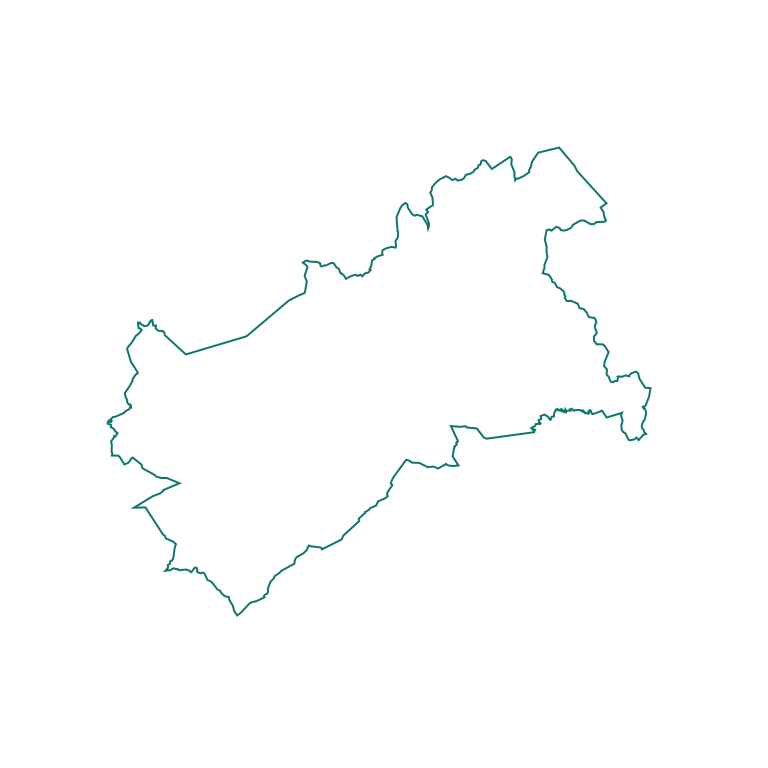 San Julián, Jalisco, Mexico (Mercator projection), rotated 238°
{"feature_id": "50627088B41443531165515", "entity_name": "San Julián", "entity_type": "district", "adm_level": 2, "iso_a3": "MEX", "parent_name": "Mexico", "parent_adm1": "Jalisco", "projection": "mercator", "projection_center": [-102.176, 20.994], "detail": "fine", "context": "isolated", "style": "outline", "palette": "teal", "viewbox_px": 768, "rotation_deg": 238, "n_neighbors": 0, "source": "geoboundaries", "source_scale": "gbopen_adm2", "svg_char_len": 6165}
<svg xmlns="http://www.w3.org/2000/svg" viewBox="0 0 768 768"><g transform="rotate(238 384 384)"><path d="M491.7,657.8L498.5,637.4L494.1,627.4L490.2,623.4L488.5,620.4L486.7,619.4L486.3,612.7L487.0,607.0L487.9,605.1L487.2,603.2L492.6,605.4L494.1,606.8L503.0,608.4L506.6,611.3L509.2,611.7L509.8,611.2L509.2,589.4L519.3,588.4L521.4,586.5L521.4,584.7L518.9,582.0L519.3,580.0L517.6,578.1L517.7,574.1L516.6,572.7L516.6,568.5L518.0,564.2L516.1,560.8L516.1,558.1L517.4,554.4L520.3,553.3L520.5,550.5L521.1,549.8L524.3,548.7L527.5,546.5L528.0,539.3L527.3,534.5L525.3,528.7L523.2,527.4L521.9,524.7L516.2,523.8L509.8,520.4L509.5,512.2L506.4,512.5L505.7,509.1L497.0,507.4L494.3,506.1L492.5,503.8L496.1,505.3L506.0,505.3L510.2,501.4L510.5,499.2L513.0,497.8L521.5,497.7L523.7,499.0L526.3,498.1L525.8,493.8L524.5,491.0L518.8,483.0L506.3,476.4L505.3,476.5L500.9,473.3L499.1,469.4L494.9,467.5L493.5,466.3L496.4,462.8L497.9,457.7L498.2,453.7L496.4,452.0L494.3,451.3L495.5,446.9L495.8,442.2L494.9,442.0L495.3,439.6L490.9,435.7L488.8,432.4L487.7,433.0L486.8,430.1L487.9,426.2L486.8,422.7L489.2,422.0L489.5,419.1L491.9,417.7L493.1,412.3L493.4,407.4L496.8,407.6L500.5,406.6L500.7,405.8L505.4,406.7L508.9,405.4L512.4,405.4L513.9,404.7L514.8,402.5L515.2,397.8L516.1,396.4L516.8,393.3L517.9,392.8L520.2,393.8L522.8,392.1L527.3,385.7L529.1,384.7L530.1,382.3L529.9,379.5L526.0,381.0L523.7,381.1L517.8,374.0L511.9,372.9L503.6,365.5L503.3,364.1L504.2,359.2L505.2,347.4L497.3,292.7L514.1,231.6L541.5,224.0L544.3,225.0L546.6,224.2L546.7,223.3L549.2,220.5L552.4,219.9L554.4,221.6L555.9,219.3L561.0,221.4L561.4,219.9L560.6,219.1L560.6,217.9L559.2,216.0L558.9,213.9L560.1,211.4L564.8,209.0L565.5,209.5L566.5,207.9L561.6,205.5L559.4,207.0L558.1,207.0L556.7,202.8L556.3,199.1L552.7,191.7L550.9,186.2L549.6,184.6L537.0,181.2L525.3,181.3L523.6,180.8L523.6,178.4L521.2,173.1L520.3,172.7L517.2,167.7L513.6,159.3L509.1,157.7L506.9,157.9L504.9,156.6L501.9,156.7L501.1,158.0L500.4,158.1L498.2,157.1L499.0,156.4L497.6,154.9L498.0,150.8L497.3,148.1L498.5,139.1L499.6,136.6L499.0,133.5L497.1,133.6L496.4,132.1L497.1,131.3L498.7,131.5L498.7,130.6L496.9,128.6L494.0,130.8L492.1,129.4L489.4,131.1L486.4,131.0L483.6,132.0L482.0,128.7L481.9,128.0L482.9,127.6L481.3,125.8L480.0,122.2L476.5,120.8L471.2,117.3L468.5,116.5L467.6,115.3L464.0,120.7L461.1,121.3L453.4,121.2L452.7,125.3L453.8,128.8L454.5,129.3L454.8,131.9L444.0,135.7L441.4,134.7L439.6,135.0L429.2,140.9L426.1,141.9L422.2,145.4L419.5,149.9L408.2,157.9L411.0,140.7L410.4,140.4L409.8,136.4L411.4,128.5L411.6,106.4L405.7,116.3L373.7,116.8L371.8,117.7L368.6,117.2L361.9,121.8L358.4,122.7L355.7,119.4L347.7,112.8L346.5,110.5L347.1,109.6L346.9,108.6L344.8,106.9L345.0,104.6L342.6,103.6L341.5,99.6L339.5,103.8L339.3,107.9L336.9,109.8L336.7,110.8L334.5,111.7L331.6,117.8L329.0,120.0L326.7,120.4L326.6,121.3L328.5,126.0L327.6,127.7L325.2,127.1L324.5,126.1L323.1,126.1L320.5,128.5L320.1,130.5L318.3,131.3L311.2,130.5L309.3,132.0L306.3,133.1L297.9,133.9L295.5,135.4L293.1,135.2L290.4,135.9L288.0,136.9L285.5,139.5L282.6,138.4L276.1,138.3L270.6,136.6L265.5,136.9L265.9,141.5L269.1,153.3L269.0,156.3L267.4,161.0L266.4,169.6L267.8,169.7L268.4,171.7L268.0,173.7L269.1,175.6L271.9,177.0L276.2,182.5L277.7,187.7L279.0,189.3L279.2,195.5L280.0,197.7L279.1,212.7L282.0,215.2L283.5,218.0L283.1,225.2L283.8,229.8L286.8,234.6L285.2,235.8L279.7,242.8L277.6,244.2L276.7,243.8L274.6,265.8L277.0,269.1L280.9,290.1L283.2,291.2L284.7,299.8L285.4,300.0L285.3,305.2L286.1,306.3L285.1,312.9L287.6,316.7L286.5,324.4L286.9,327.7L288.8,328.0L290.6,330.1L293.8,337.5L296.2,337.0L299.6,341.9L308.0,362.6L305.3,365.0L302.5,366.1L298.4,372.1L290.3,377.0L287.9,382.1L283.7,385.1L283.3,394.3L282.7,394.1L280.1,396.1L277.7,399.3L275.5,404.0L286.1,403.8L292.2,409.1L292.6,410.2L293.8,410.5L294.0,413.6L296.0,414.1L296.2,416.4L312.9,418.5L307.5,425.6L304.9,430.9L303.2,431.2L297.1,439.2L285.9,440.2L283.3,442.0L263.6,485.7L265.2,487.9L265.7,487.5L264.9,486.1L267.2,486.3L267.0,485.8L268.7,485.5L268.3,490.2L269.6,491.3L268.5,493.8L267.5,494.5L267.5,495.7L268.2,495.8L268.9,494.7L269.7,495.7L271.4,495.9L271.1,499.0L273.8,499.8L273.0,503.9L269.4,505.7L265.5,505.9L265.6,506.9L267.4,508.7L266.5,511.0L268.2,512.1L270.0,514.1L270.6,516.0L271.2,516.1L270.9,518.0L269.6,517.7L267.9,519.5L267.9,520.0L268.9,520.0L268.9,520.8L267.3,520.4L267.5,521.1L266.1,521.0L265.9,521.6L266.7,522.1L266.2,522.6L264.5,521.9L263.5,523.3L265.7,524.4L264.4,524.5L263.2,527.1L263.8,527.7L262.7,528.2L263.7,528.7L263.6,530.1L260.7,530.9L260.4,532.7L258.4,536.0L256.3,537.2L256.9,537.6L256.3,538.7L255.2,538.2L253.8,538.7L254.0,539.1L252.5,539.2L252.3,540.2L250.4,541.5L250.8,542.5L251.8,543.3L252.4,543.0L252.9,544.1L252.5,544.6L252.5,544.1L251.6,544.1L250.6,544.9L248.2,544.7L247.7,545.4L245.8,554.8L237.6,555.1L233.4,570.6L231.9,568.4L226.6,567.0L222.6,562.9L219.2,561.4L216.7,561.3L214.3,562.6L207.1,561.9L205.8,562.9L204.4,566.8L204.7,569.8L201.5,570.2L203.5,576.8L202.8,579.8L205.4,579.2L207.5,579.9L209.6,579.4L211.5,580.1L213.8,582.5L215.8,586.2L219.6,590.3L222.9,591.9L225.7,592.0L225.7,591.2L227.5,591.3L227.0,594.4L233.0,602.3L239.3,607.8L242.4,603.6L253.2,603.4L258.2,605.2L260.9,604.4L262.0,599.6L261.5,597.1L260.6,596.1L263.3,593.4L264.0,589.6L266.0,587.3L266.3,586.1L265.5,586.2L262.9,583.2L264.0,582.1L264.3,578.7L265.4,577.8L267.0,577.5L271.0,578.4L274.0,577.8L278.3,580.8L282.6,580.1L285.8,582.8L292.0,591.4L299.8,591.3L301.8,590.4L305.0,585.4L309.2,585.0L312.9,587.1L314.5,591.5L320.2,592.8L322.1,594.1L323.7,596.8L326.7,597.6L328.7,597.3L331.9,593.5L332.9,593.2L337.1,593.8L341.7,593.1L344.7,590.0L349.3,590.9L355.3,586.8L357.6,582.9L361.5,583.0L362.2,584.4L364.6,584.2L365.6,585.3L368.1,585.3L372.0,583.9L374.3,582.1L379.6,582.4L380.8,581.1L382.0,580.9L383.5,581.7L389.1,581.7L393.9,577.3L397.4,581.6L399.9,583.1L405.0,589.9L409.0,591.4L415.2,595.1L421.3,596.9L428.3,603.4L427.1,606.5L425.3,607.3L426.0,613.3L423.4,615.6L420.8,615.5L418.8,617.8L417.7,620.8L417.4,625.8L418.9,628.7L418.5,637.3L416.7,640.3L410.3,643.7L408.3,646.7L408.7,650.0L404.9,656.7L404.9,658.8L410.2,659.7L413.1,661.3L418.9,661.3L419.3,668.4L462.2,660.6L468.3,661.2L491.7,657.8Z" fill="none" stroke="#0f766e" stroke-width="2"/></g></svg>